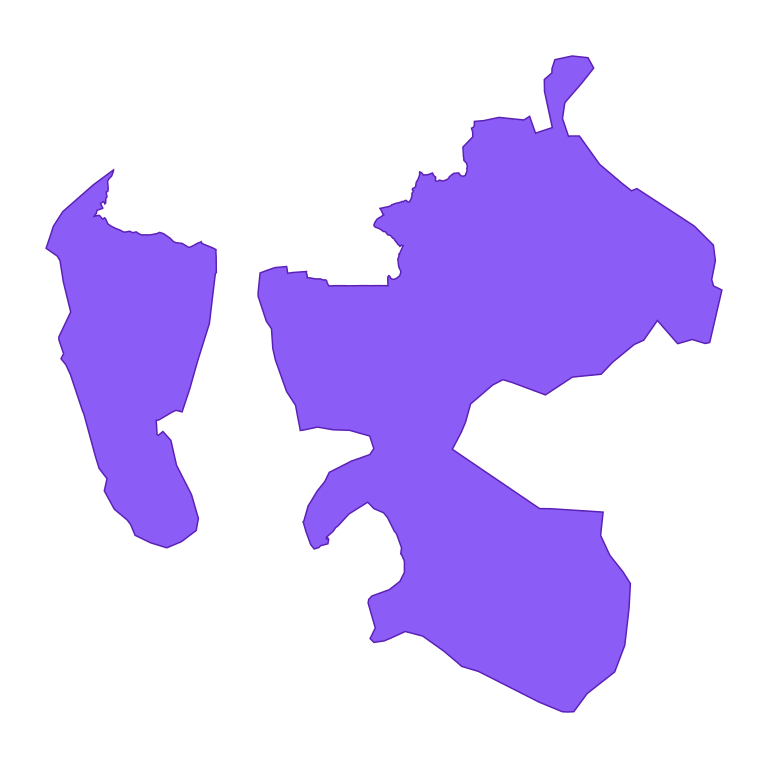 Sabir Al Mawadim, Ta`izz, Yemen (Natural Earth projection)
{"feature_id": "15242507B26080958654520", "entity_name": "Sabir Al Mawadim", "entity_type": "district", "adm_level": 2, "iso_a3": "YEM", "parent_name": "Yemen", "parent_adm1": "Ta`izz", "projection": "natural_earth1", "projection_center": [44.03, 13.53], "detail": "fine", "context": "isolated", "style": "filled", "palette": "violet", "viewbox_px": 768, "rotation_deg": 0, "n_neighbors": 0, "source": "geoboundaries", "source_scale": "gbopen_adm2", "svg_char_len": 6085}
<svg xmlns="http://www.w3.org/2000/svg" viewBox="0 0 768 768"><path d="M636.9,188.6L631.5,190.8L621.6,183.0L599.6,164.3L579.4,136.0L570.0,136.0L568.5,136.3L562.5,118.5L564.7,103.5L565.2,102.3L566.8,100.4L581.8,83.1L593.7,68.1L588.0,57.7L572.1,56.0L554.9,59.7L552.0,68.6L551.9,72.9L544.3,79.5L544.5,91.4L552.3,127.6L535.5,133.1L529.6,116.3L523.9,120.0L499.1,117.4L483.8,120.6L474.4,121.4L474.3,124.2L474.2,126.0L473.5,127.2L472.8,127.5L471.5,128.2L472.7,132.2L472.7,136.9L462.9,147.1L463.3,152.6L463.4,156.2L463.7,157.9L464.0,158.8L463.7,159.5L464.0,160.6L464.2,160.8L465.3,161.9L466.5,163.2L467.3,166.0L467.2,167.0L466.8,168.8L467.0,169.7L467.1,170.4L466.7,171.8L465.9,173.7L465.4,175.4L463.4,176.2L460.9,175.8L459.6,174.2L458.7,172.9L453.7,173.4L451.1,175.3L449.2,177.0L448.7,178.3L446.7,179.7L442.8,181.1L441.2,180.5L439.1,180.2L437.8,181.1L436.3,181.2L435.5,180.7L435.3,180.4L435.7,178.5L435.6,177.0L434.2,176.0L433.4,174.9L432.5,173.0L431.3,173.4L429.6,174.1L428.5,174.5L426.8,174.8L423.5,175.0L421.4,172.6L419.7,171.9L419.6,172.3L419.6,174.9L419.0,176.7L418.1,179.2L417.2,180.7L416.3,182.1L415.8,185.0L415.7,186.5L415.0,187.2L414.3,187.8L413.2,188.2L412.6,188.8L412.3,189.7L413.4,191.0L413.0,192.0L412.5,192.4L412.0,193.3L411.9,194.1L412.1,195.1L411.9,196.0L410.9,199.4L409.0,202.1L408.3,202.2L407.5,201.8L406.7,200.8L406.2,200.4L405.7,200.4L404.9,200.6L404.2,201.1L403.4,201.5L402.9,201.5L402.3,201.5L401.9,201.5L401.6,201.9L399.9,202.3L399.1,202.7L398.4,202.8L397.3,203.1L396.3,203.2L393.4,204.2L392.5,204.6L391.7,204.8L390.9,205.7L390.5,206.1L389.7,206.2L386.9,207.0L385.1,207.3L381.6,208.1L380.0,208.4L381.5,210.9L382.9,214.1L383.7,214.8L382.5,215.6L380.9,216.9L378.8,217.9L376.8,219.4L375.0,222.3L374.0,224.6L374.0,225.8L374.6,226.5L375.2,227.1L376.5,227.6L378.4,228.2L380.1,229.2L381.3,229.8L382.0,230.5L383.3,231.5L384.2,231.5L385.4,231.7L386.2,232.9L386.9,233.6L387.7,234.8L389.9,235.3L390.6,235.5L392.8,238.2L393.8,238.6L394.4,239.1L394.5,239.8L395.4,241.0L396.3,242.2L397.1,242.9L397.7,244.2L398.5,244.7L399.6,245.8L399.9,246.4L400.6,246.0L401.1,245.3L401.3,245.2L402.2,245.3L402.9,245.5L403.1,245.6L399.4,254.1L398.9,254.1L399.0,256.0L397.8,259.1L398.1,261.6L398.6,265.6L398.7,266.3L399.0,267.4L399.7,269.0L400.1,269.9L400.5,270.5L400.9,272.1L400.2,274.3L399.7,275.7L398.0,277.1L397.3,277.8L396.3,278.3L395.8,278.7L394.3,279.2L393.3,279.3L392.2,279.2L390.8,278.3L390.4,277.4L389.9,276.6L389.4,275.9L388.7,275.7L388.5,276.2L388.0,276.7L387.7,277.7L388.0,285.7L375.9,285.6L373.3,285.7L362.8,285.6L352.0,285.8L351.3,285.8L346.5,285.8L346.1,285.7L333.4,285.7L332.6,285.9L332.4,285.8L328.8,285.9L328.2,284.9L327.7,283.8L327.4,283.4L327.2,283.2L327.1,282.9L327.0,282.4L326.8,281.1L326.6,280.8L325.7,279.9L324.4,279.9L323.3,280.0L320.4,278.9L318.0,278.9L317.2,279.0L315.8,278.8L314.7,278.8L310.9,278.0L307.1,277.6L307.3,277.1L307.1,275.1L306.3,272.6L306.5,271.5L292.8,272.5L290.5,272.8L287.7,273.3L287.2,269.9L286.9,267.6L286.6,266.5L274.9,267.6L264.9,271.1L264.6,271.3L260.1,272.9L258.1,292.6L258.1,296.2L266.3,321.2L271.5,328.8L272.8,348.5L275.4,360.0L286.6,391.6L295.6,405.4L296.0,407.5L296.0,407.8L297.6,416.4L299.6,426.7L300.3,430.5L304.3,429.9L317.4,427.1L333.2,429.8L349.5,430.3L369.7,436.0L373.7,448.2L373.7,448.8L369.8,454.6L351.3,461.1L348.7,462.5L329.3,472.3L324.8,481.5L317.0,491.3L310.6,502.0L308.1,506.0L303.9,520.9L303.1,521.6L305.5,529.9L305.5,530.3L310.7,544.6L314.2,549.0L318.9,547.5L320.6,545.7L327.9,543.8L328.7,539.4L327.9,538.1L326.9,539.2L326.3,538.5L326.8,536.9L333.1,531.3L335.6,527.7L338.2,525.7L348.8,514.1L356.5,509.2L367.7,502.2L373.9,508.6L383.6,512.8L387.6,517.7L394.4,531.3L396.4,533.6L401.5,547.7L400.8,553.5L401.0,553.4L404.4,561.1L404.4,572.3L399.9,581.4L391.0,588.3L389.3,589.7L372.0,595.9L368.7,599.4L368.1,603.0L371.2,613.8L375.3,628.0L370.1,638.6L373.9,642.4L384.2,640.9L391.3,637.9L405.2,631.5L422.4,636.0L422.6,636.0L443.5,650.9L455.1,660.6L461.7,666.4L478.4,671.4L504.1,684.4L539.2,702.2L562.2,711.7L567.7,712.0L573.8,711.7L587.1,693.6L614.7,671.9L624.8,645.2L629.0,608.6L630.4,583.6L623.1,572.0L609.9,555.4L600.6,535.4L603.1,512.1L550.6,508.7L539.6,508.6L529.0,501.4L452.3,449.3L461.1,432.6L465.6,422.0L470.6,403.9L492.7,385.0L502.9,379.7L512.2,382.5L545.4,394.9L572.4,377.1L601.2,374.2L612.5,362.3L634.2,344.5L643.7,340.2L657.4,320.5L677.5,343.5L678.1,343.6L692.2,339.5L705.2,343.5L709.7,342.5L721.9,290.0L713.6,286.0L711.7,279.7L715.4,260.7L713.4,245.2L713.2,244.9L694.2,226.0L669.6,209.9L636.9,188.6ZM180.2,542.2L181.8,541.4L196.2,530.5L197.5,523.2L197.7,522.3L198.4,518.4L191.6,494.9L191.2,494.0L181.6,475.2L176.5,465.1L170.9,440.4L162.9,431.5L158.4,435.3L157.1,434.5L156.2,420.3L158.7,420.0L171.8,412.3L176.0,410.3L182.1,411.9L190.0,388.1L192.9,377.6L198.2,359.2L209.4,323.5L209.5,322.5L212.4,298.2L215.3,274.0L216.4,272.4L216.3,271.5L216.2,257.4L215.9,252.5L216.0,249.6L212.5,247.8L203.7,244.2L202.0,243.5L201.2,241.7L200.7,242.1L197.7,243.1L192.6,246.0L189.0,247.5L182.1,243.4L179.6,243.1L176.0,242.7L173.6,241.7L170.0,238.1L163.6,233.7L159.6,232.4L156.6,233.7L150.0,234.9L141.5,234.9L138.4,233.4L136.2,231.9L135.2,232.1L133.2,232.7L130.6,231.8L129.8,231.2L125.1,232.1L123.9,232.0L122.3,231.4L120.8,230.4L115.4,228.3L111.0,226.1L108.3,224.2L107.5,223.2L106.0,219.7L105.5,218.6L104.4,217.8L103.4,218.8L102.5,219.1L100.4,216.5L99.4,215.4L97.0,215.6L95.9,215.9L94.1,216.3L95.3,214.4L96.4,213.5L96.7,211.3L97.0,210.3L102.7,208.4L102.7,207.7L100.5,203.7L101.0,203.2L102.2,202.4L103.0,201.7L103.7,201.5L104.8,203.9L105.8,202.8L105.6,201.5L105.8,200.6L105.8,198.4L106.9,197.1L107.0,196.2L106.2,193.0L106.3,191.9L107.6,191.6L108.0,190.6L108.2,188.4L107.9,184.7L107.7,182.9L107.6,181.0L109.2,178.6L111.6,176.1L112.5,173.8L113.5,171.0L113.5,169.9L93.2,184.9L62.7,211.7L53.3,226.4L51.4,232.4L46.1,248.3L57.3,256.1L60.0,260.7L63.4,282.1L70.7,312.0L58.9,336.8L58.9,339.8L63.6,353.7L61.0,358.7L65.9,364.8L70.4,374.5L82.4,410.5L83.9,414.1L95.3,456.0L99.1,468.4L107.0,478.7L104.3,490.9L113.6,507.9L114.4,509.3L127.2,520.0L130.6,524.5L135.1,535.3L150.6,542.8L166.8,547.8L180.2,542.2Z" fill="#8b5cf6" stroke="#5b21b6" stroke-width="1.5"/></svg>